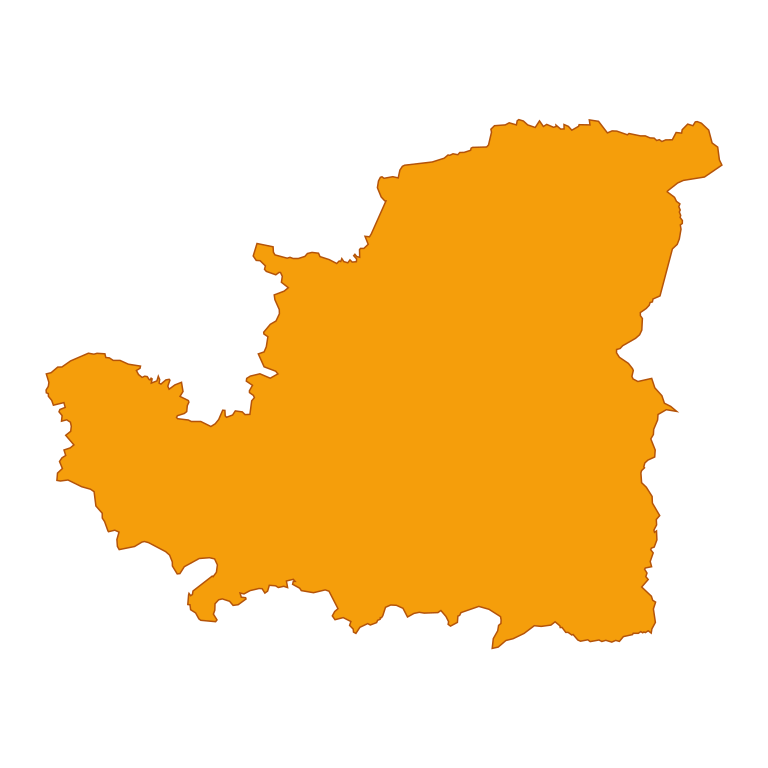 the district of San Pedro Yeloixtlahuaca, Puebla, Mexico, rotated 270°
{"feature_id": "50627088B18760877714878", "entity_name": "San Pedro Yeloixtlahuaca", "entity_type": "district", "adm_level": 2, "iso_a3": "MEX", "parent_name": "Mexico", "parent_adm1": "Puebla", "projection": "mercator", "projection_center": [-98.049, 18.052], "detail": "fine", "context": "isolated", "style": "filled", "palette": "amber", "viewbox_px": 768, "rotation_deg": 270, "n_neighbors": 0, "source": "geoboundaries", "source_scale": "gbopen_adm2", "svg_char_len": 6117}
<svg xmlns="http://www.w3.org/2000/svg" viewBox="0 0 768 768"><g transform="rotate(270 384 384)"><path d="M547.5,682.4L550.5,680.1L552.6,680.7L556.0,679.3L558.0,680.2L561.3,678.8L564.1,679.9L566.6,676.5L570.7,674.5L576.2,667.2L577.0,667.5L585.0,677.6L587.6,683.4L591.0,704.5L602.9,721.9L608.1,719.4L620.9,717.7L625.0,712.1L637.9,708.7L644.8,701.4L646.4,697.2L646.1,695.3L642.3,692.9L643.9,687.7L638.3,682.2L634.9,681.6L635.5,676.1L628.2,672.3L628.1,665.7L626.5,661.9L628.3,659.3L627.5,656.7L629.9,654.1L630.1,650.0L632.1,645.3L632.1,640.5L634.5,629.0L633.2,627.4L636.9,616.8L637.1,612.1L635.1,607.4L646.7,598.5L648.1,589.3L643.1,590.0L643.3,579.1L641.7,578.6L637.8,571.8L641.6,568.4L643.5,564.0L639.1,564.1L638.9,560.7L642.9,556.0L641.5,556.1L640.7,553.6L643.6,546.7L641.5,543.4L647.1,539.5L640.5,535.2L643.1,527.7L647.0,523.4L648.4,518.8L647.2,517.2L643.1,516.4L645.2,509.2L643.1,505.3L642.3,494.5L638.8,490.9L635.8,491.5L623.0,488.5L621.0,486.6L620.6,472.5L619.8,471.1L617.7,470.6L615.6,464.1L615.5,459.8L613.3,457.8L614.2,453.0L612.7,449.8L613.0,448.0L609.8,444.2L606.0,432.2L602.8,404.7L601.7,402.4L597.9,399.9L590.1,398.2L591.3,392.8L589.7,384.0L591.2,382.0L590.7,380.4L587.1,378.5L580.3,377.4L571.0,381.2L567.2,384.7L567.1,386.0L533.9,371.2L531.2,369.5L531.7,365.0L523.7,368.2L519.6,363.9L519.6,360.5L518.3,359.5L510.7,359.7L511.5,356.7L513.7,354.9L512.3,353.7L509.0,356.6L506.3,356.4L505.9,352.2L508.1,350.0L505.2,347.8L506.4,343.8L509.4,341.8L506.5,340.7L507.0,339.2L504.5,336.7L508.4,329.2L511.4,320.0L514.8,318.5L515.6,312.0L514.5,307.4L511.6,304.9L509.5,298.3L509.5,293.1L510.7,290.0L509.8,287.2L513.1,275.0L515.8,273.4L521.2,273.1L524.5,257.0L512.0,253.2L507.6,256.2L507.3,260.1L502.1,265.4L498.7,264.5L496.6,266.3L493.2,275.8L495.6,279.1L495.5,280.5L491.7,282.3L485.7,281.4L480.3,288.3L476.9,284.2L473.1,274.2L468.3,274.9L458.4,279.3L454.2,279.4L447.0,276.0L443.7,270.3L435.8,263.7L434.0,263.9L431.3,267.9L421.2,266.3L416.1,264.1L414.1,258.3L401.2,264.1L396.8,275.7L394.1,277.9L389.8,270.2L394.2,259.9L391.9,250.3L389.6,246.7L386.9,246.3L382.7,252.5L377.2,249.4L375.4,249.5L372.6,253.4L370.4,254.4L367.2,251.7L353.6,249.9L353.4,245.0L356.1,242.3L357.1,235.3L353.0,232.6L350.7,226.5L352.2,225.2L357.6,224.9L357.8,222.7L348.5,218.7L344.2,215.2L341.5,210.9L346.5,200.8L346.5,191.3L348.0,188.3L349.3,177.6L350.6,176.5L352.3,177.4L354.5,184.3L356.4,186.7L362.4,187.3L365.8,188.9L367.4,188.4L371.6,180.0L376.5,183.0L385.7,181.5L383.1,174.9L378.8,169.1L381.8,167.8L387.8,169.9L388.7,169.2L388.1,165.9L383.9,160.9L384.9,159.1L388.3,159.7L391.7,158.3L387.1,156.9L384.9,151.3L389.1,152.1L389.8,151.1L388.1,150.2L388.4,149.2L391.4,147.2L391.8,144.7L390.6,142.1L393.5,138.5L397.5,136.4L399.7,140.0L401.9,140.5L403.8,128.4L407.6,120.0L407.6,113.2L410.1,109.4L410.5,105.8L414.2,104.9L414.7,97.0L413.8,93.9L414.8,88.4L407.1,70.6L401.0,61.9L400.9,57.7L395.3,51.1L394.1,46.3L385.6,48.9L381.6,48.3L378.0,46.1L375.2,46.3L374.4,48.3L371.7,48.4L367.6,51.7L362.8,53.4L365.4,63.9L360.6,65.2L358.5,59.9L356.2,59.0L352.4,62.1L346.8,61.5L348.2,66.7L345.8,70.4L341.7,71.3L336.7,70.7L332.7,65.7L323.1,73.9L320.1,70.2L318.0,64.0L312.5,65.7L310.2,62.0L306.5,59.5L299.5,62.4L294.9,57.5L287.6,56.9L287.0,60.4L288.0,68.0L281.3,81.6L278.8,90.5L276.3,94.1L262.0,95.9L254.8,102.2L249.9,102.3L246.4,104.6L237.2,107.9L236.3,108.5L237.8,114.8L235.9,119.0L228.5,116.9L221.6,117.4L218.4,119.2L221.5,134.6L225.9,141.9L226.5,144.4L225.4,148.5L216.4,165.6L212.9,169.6L206.1,172.3L202.0,172.4L194.1,177.2L194.4,179.9L201.3,184.3L209.5,199.2L210.3,209.5L209.1,214.6L203.1,217.4L195.7,216.4L191.3,213.1L191.9,212.2L177.0,193.0L173.5,192.4L172.3,190.7L174.6,189.0L173.2,188.6L163.5,187.8L163.2,190.0L158.3,190.6L155.1,195.6L149.1,198.9L147.7,200.8L146.3,215.6L148.1,217.0L153.9,213.4L157.8,214.8L164.2,215.0L168.2,218.6L169.1,222.3L166.7,229.6L162.6,233.1L163.3,238.2L169.0,246.0L170.3,245.6L170.8,241.3L175.0,240.0L174.1,244.0L177.4,250.1L179.5,259.0L179.3,262.1L174.9,264.9L176.9,267.6L182.7,269.3L182.2,275.6L180.5,278.3L181.7,283.8L180.4,287.6L187.0,286.4L188.7,293.3L186.6,295.1L186.6,293.3L183.7,292.6L179.8,299.7L177.4,301.3L175.3,313.5L178.1,325.2L176.8,329.0L159.3,338.0L156.5,334.7L152.1,332.3L148.3,335.0L150.4,343.2L146.5,350.9L142.6,349.6L138.9,353.2L135.9,353.5L134.6,355.9L140.7,359.9L144.4,367.7L143.0,370.3L145.4,376.6L147.7,377.6L148.7,380.1L150.3,380.3L150.3,381.5L152.3,382.8L160.7,385.5L163.0,390.7L162.7,396.4L159.7,403.0L151.0,407.5L154.6,414.0L155.7,419.3L154.9,424.2L155.4,437.9L157.5,440.9L151.5,446.0L146.3,448.6L143.7,448.1L141.9,450.5L145.6,457.4L151.9,457.9L152.6,459.6L155.4,461.0L161.6,478.8L158.7,489.0L151.4,500.5L148.1,501.1L144.5,500.9L142.6,498.6L137.2,497.7L129.4,493.3L119.6,492.2L120.9,498.2L127.5,505.9L129.3,513.1L134.6,524.1L142.3,534.3L141.6,541.2L142.9,550.9L146.2,555.1L142.2,559.9L140.5,560.2L140.5,562.1L135.6,565.8L135.6,568.1L133.0,571.8L133.5,573.1L128.0,577.8L126.8,580.5L128.2,587.8L126.4,590.2L128.0,599.0L126.5,601.8L127.7,605.8L125.9,611.8L127.6,615.7L126.6,619.4L131.4,623.4L133.4,632.5L134.7,633.2L134.7,638.3L136.4,640.8L135.2,642.7L136.0,643.9L135.4,645.4L137.2,648.2L134.9,651.2L139.1,651.9L145.6,655.4L159.0,653.4L165.9,655.6L167.7,652.7L171.8,651.4L181.0,641.7L188.5,648.2L191.4,645.8L194.9,647.0L198.8,644.6L200.0,645.3L201.3,651.6L206.5,650.2L215.1,653.2L218.3,650.7L219.9,651.4L220.9,654.2L228.1,656.9L237.1,656.5L235.7,654.5L237.9,653.9L243.1,656.6L248.5,656.3L252.4,659.7L264.9,652.4L271.6,652.1L280.8,646.3L285.3,641.6L295.1,640.9L297.4,641.6L300.2,644.5L301.2,643.8L305.0,644.8L307.9,647.9L311.0,654.7L318.0,655.2L329.1,650.8L333.5,653.4L338.7,653.7L348.0,657.6L353.5,658.0L358.3,666.3L356.6,676.7L361.6,670.7L364.8,664.4L372.3,661.9L380.2,654.8L389.6,651.7L386.5,637.9L389.0,633.1L391.6,631.9L397.5,633.3L399.4,632.5L404.6,628.4L410.7,619.4L415.2,616.5L418.5,616.6L419.5,620.1L422.3,622.7L429.7,635.6L433.2,639.6L437.9,641.8L449.5,642.4L452.3,640.4L455.4,640.3L459.5,646.2L462.7,649.2L465.5,650.1L466.1,652.4L469.0,653.0L472.1,660.0L519.1,672.4L523.6,677.2L529.0,679.3L538.8,681.0L543.1,680.3L544.5,682.3L547.5,682.4Z" fill="#f59e0b" stroke="#b45309" stroke-width="1.5"/></g></svg>